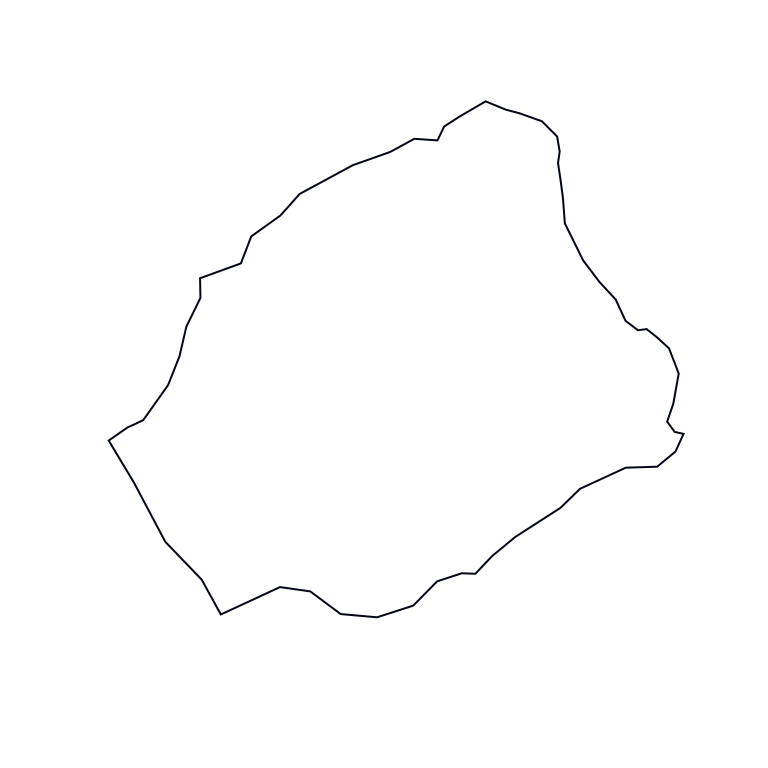 the district of Vansbro, Dalarna, Sweden, rotated 245°
{"feature_id": "70781695B18183991959246", "entity_name": "Vansbro", "entity_type": "district", "adm_level": 2, "iso_a3": "SWE", "parent_name": "Sweden", "parent_adm1": "Dalarna", "projection": "orthographic", "projection_center": [14.285, 60.47], "detail": "fine", "context": "isolated", "style": "outline", "palette": "ink", "viewbox_px": 768, "rotation_deg": 245, "n_neighbors": 0, "source": "geoboundaries", "source_scale": "gbopen_adm2", "svg_char_len": 910}
<svg xmlns="http://www.w3.org/2000/svg" viewBox="0 0 768 768"><g transform="rotate(245 384 384)"><path d="M212.2,634.4L217.7,627.2L230.2,624.7L243.9,637.9L268.9,655.5L295.8,657.4L310.8,651.2L322.8,645.2L325.4,636.9L339.2,629.6L362.6,629.7L385.3,622.4L412.0,616.7L453.2,615.8L476.7,624.7L494.5,630.3L510.7,635.1L520.5,641.5L535.1,645.5L555.3,638.2L572.2,621.1L581.0,610.5L597.2,595.5L594.5,566.0L592.0,547.4L582.2,535.4L593.4,515.1L591.7,487.7L595.5,448.2L591.9,387.9L580.5,361.4L573.9,326.1L553.8,305.3L557.6,262.0L539.6,254.0L519.5,229.1L495.6,210.4L474.3,187.9L453.0,150.5L453.0,133.0L449.1,110.6L400.2,115.7L333.4,119.1L283.7,136.1L244.1,138.7L244.0,163.2L243.9,203.9L227.2,229.5L193.8,247.5L175.5,279.1L170.8,316.9L182.7,348.8L179.6,374.5L173.4,386.6L182.4,409.4L189.9,438.3L197.2,491.6L206.2,517.5L206.0,567.7L193.6,596.6L199.6,619.6L212.2,634.4Z" fill="none" stroke="#020617" stroke-width="2"/></g></svg>